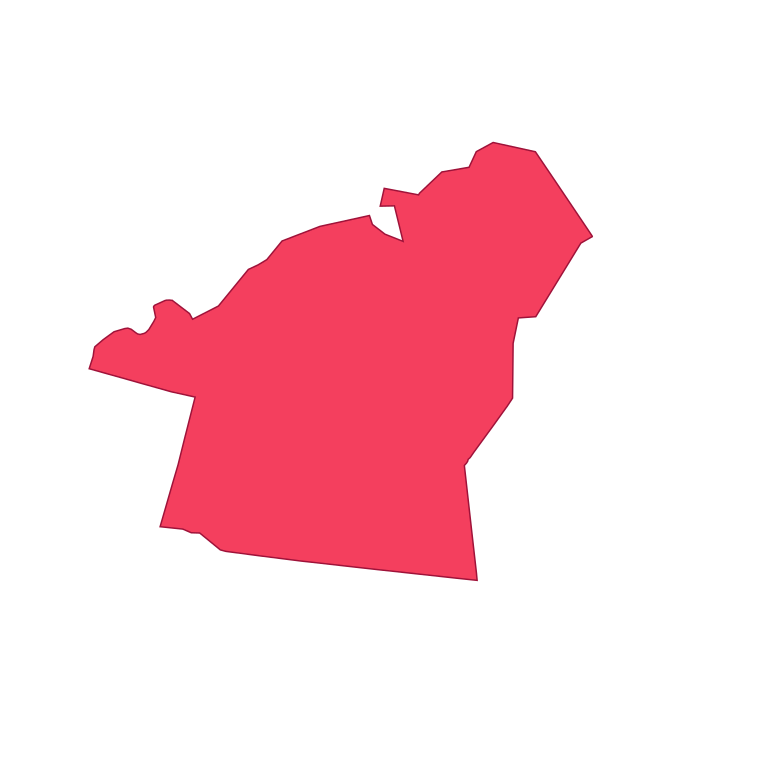 Mecklenburg, North Carolina, United States of America (Natural Earth projection), rotated 51°
{"feature_id": "52423323B53065741974506", "entity_name": "Mecklenburg", "entity_type": "district", "adm_level": 2, "iso_a3": "USA", "parent_name": "United States of America", "parent_adm1": "North Carolina", "projection": "natural_earth1", "projection_center": [-80.869, 35.258], "detail": "fine", "context": "isolated", "style": "filled", "palette": "rose", "viewbox_px": 768, "rotation_deg": 51, "n_neighbors": 0, "source": "geoboundaries", "source_scale": "gbopen_adm2", "svg_char_len": 1430}
<svg xmlns="http://www.w3.org/2000/svg" viewBox="0 0 768 768"><g transform="rotate(51 384 384)"><path d="M185.5,496.0L185.0,496.9L184.2,497.4L182.0,500.2L181.3,501.7L178.5,512.5L178.7,514.1L179.2,514.7L188.7,519.6L190.5,523.5L193.7,532.5L194.1,536.3L193.8,538.4L192.0,542.4L190.0,544.0L187.7,544.7L182.4,546.0L179.4,547.9L177.8,550.5L173.5,560.9L172.8,574.2L173.1,585.3L174.8,587.7L179.5,592.7L186.6,603.5L201.7,592.8L223.8,577.1L230.1,572.7L234.3,569.7L256.2,554.2L275.3,539.0L298.9,570.6L299.1,570.9L316.9,594.5L317.2,594.9L328.8,611.7L354.0,647.8L370.1,631.7L378.3,627.4L383.8,621.0L409.9,615.6L414.6,612.2L440.4,587.7L462.8,566.2L463.2,565.8L469.9,559.4L470.2,559.0L470.5,558.8L474.1,555.2L508.9,520.9L524.5,505.5L525.2,504.8L554.1,476.1L581.1,449.3L581.9,448.5L595.2,435.2L590.1,431.8L590.0,431.7L554.1,408.8L498.0,372.9L497.8,372.4L497.4,369.7L496.7,367.6L496.3,367.1L495.8,366.4L495.6,366.1L495.5,365.7L495.4,363.4L493.5,356.9L485.0,324.9L479.4,304.5L478.9,302.5L475.9,293.0L433.7,258.1L417.2,238.0L427.2,223.7L398.4,142.4L400.5,129.4L399.9,129.1L389.0,128.1L338.1,123.6L335.8,123.4L298.8,120.2L265.0,147.2L261.5,166.0L269.1,181.5L255.6,205.6L258.1,236.5L258.8,238.1L232.1,260.7L243.4,275.0L252.1,263.8L285.2,279.4L268.1,289.0L252.7,292.6L243.9,289.3L221.2,334.6L208.7,373.2L213.6,396.8L212.2,406.8L209.6,417.3L219.2,463.6L213.2,492.0L206.9,490.8L185.5,496.0Z" fill="#f43f5e" stroke="#9f1239" stroke-width="1.5"/></g></svg>